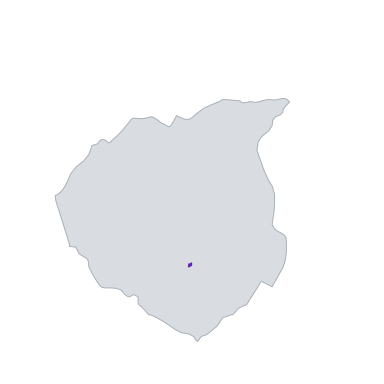 Chitungwiza, Harare, Zimbabwe shown in context, rotated 120°
{"feature_id": "62879985B31454704835515", "entity_name": "Chitungwiza", "entity_type": "district", "adm_level": 2, "iso_a3": "ZWE", "parent_name": "Zimbabwe", "parent_adm1": "Harare", "projection": "albers", "projection_center": [31.05, -18.015], "detail": "fine", "context": "in_parent", "style": "filled", "palette": "violet", "viewbox_px": 384, "rotation_deg": 120, "n_neighbors": 0, "source": "geoboundaries", "source_scale": "gbopen_adm2", "svg_char_len": 2802}
<svg xmlns="http://www.w3.org/2000/svg" viewBox="0 0 384 384"><g transform="rotate(120 192 192)"><path d="M263.5,308.7L260.6,306.7L256.6,305.5L251.6,304.9L245.0,305.1L236.9,306.2L228.3,304.9L219.0,301.3L211.3,300.1L202.2,301.7L201.8,301.8L200.2,300.5L197.6,297.9L193.5,297.4L192.3,296.8L191.4,295.8L190.7,294.6L190.5,293.1L191.1,288.7L190.7,288.2L189.6,287.7L187.3,287.2L181.8,285.2L174.8,283.4L163.5,281.4L159.1,280.9L158.1,280.3L156.8,278.7L154.5,273.6L152.4,270.3L147.5,265.2L146.7,263.6L146.8,259.4L147.1,256.1L147.6,253.3L147.3,250.6L147.2,247.3L147.3,245.1L146.6,244.2L144.8,243.5L139.8,243.3L133.7,243.6L133.4,240.2L132.7,235.1L131.5,232.1L130.1,230.6L127.3,229.1L121.5,227.0L113.7,223.8L107.0,219.0L99.2,213.0L96.8,212.0L93.8,206.2L89.3,196.4L89.5,193.1L88.8,191.4L84.5,186.7L83.5,184.2L82.7,181.6L75.8,174.6L73.5,171.6L71.6,167.6L69.8,164.5L68.3,163.2L66.3,161.1L64.9,158.6L64.3,156.8L64.7,154.3L65.3,152.5L71.7,154.1L75.2,154.2L77.9,153.2L81.2,154.3L85.3,157.4L89.7,157.9L94.4,155.8L100.8,156.2L108.9,159.3L115.5,159.8L123.4,156.7L130.3,148.6L136.8,141.0L143.2,132.2L147.0,125.2L152.7,119.4L160.3,114.9L168.1,111.1L180.0,106.4L182.3,102.7L183.1,98.6L183.0,92.9L183.6,89.3L184.8,87.6L186.8,86.2L189.3,84.5L197.2,80.1L203.8,77.3L211.9,75.5L220.7,75.4L229.2,75.3L234.1,75.3L234.2,80.7L234.6,86.9L235.5,87.5L241.9,87.6L252.2,88.0L262.0,88.4L268.3,92.9L270.5,93.8L277.0,95.0L285.4,102.5L295.4,103.2L302.3,105.6L308.4,108.2L311.9,111.3L314.1,112.0L317.2,112.2L318.7,112.5L318.3,114.7L316.3,118.4L316.5,123.7L319.2,131.2L319.5,137.6L318.5,148.9L318.5,159.9L318.7,163.8L319.1,166.4L319.7,167.8L319.6,169.5L317.9,174.0L316.5,178.9L316.4,180.8L315.9,182.2L314.9,183.4L310.6,185.6L309.8,187.0L309.8,189.5L310.3,191.6L311.9,192.4L313.9,193.6L314.6,195.2L314.6,196.8L314.0,199.9L312.2,205.0L313.9,210.8L315.8,214.6L318.4,219.1L319.5,221.8L319.4,223.7L319.0,225.6L314.9,233.6L312.0,238.6L308.4,243.9L303.8,247.2L302.6,248.8L302.1,250.6L302.2,254.6L301.9,258.8L297.9,265.2L300.4,270.8L299.8,271.3L298.5,272.1L292.7,278.2L287.0,284.5L282.7,289.1L277.9,294.3L272.6,300.2L268.0,305.2L263.5,308.7Z" fill="#d9dde1" stroke="#a8b0b8" stroke-width="1"/><path d="M254.2,156.7L254.1,156.8L254.3,156.9L254.3,157.1L254.5,157.2L254.8,157.1L255.0,157.2L255.0,157.3L255.3,157.4L255.4,157.6L255.5,157.6L255.6,157.8L255.8,157.8L255.8,158.0L256.0,158.2L256.1,158.3L256.2,158.5L256.3,158.4L256.5,158.3L256.6,158.2L256.9,158.1L257.0,158.0L257.1,157.9L257.3,157.8L257.5,157.9L257.8,157.9L258.0,157.8L258.0,157.7L258.3,157.5L258.3,157.4L257.6,157.0L257.4,156.8L257.2,156.8L256.7,156.7L256.4,156.3L256.2,156.3L256.2,156.2L255.9,156.0L255.7,156.0L255.4,156.2L255.2,156.2L255.2,156.3L255.0,156.5L254.9,156.6L254.9,156.8L254.5,156.7L254.4,156.6L254.2,156.7L254.2,156.7Z" fill="#8b5cf6" stroke="#5b21b6" stroke-width="1.5"/></g></svg>